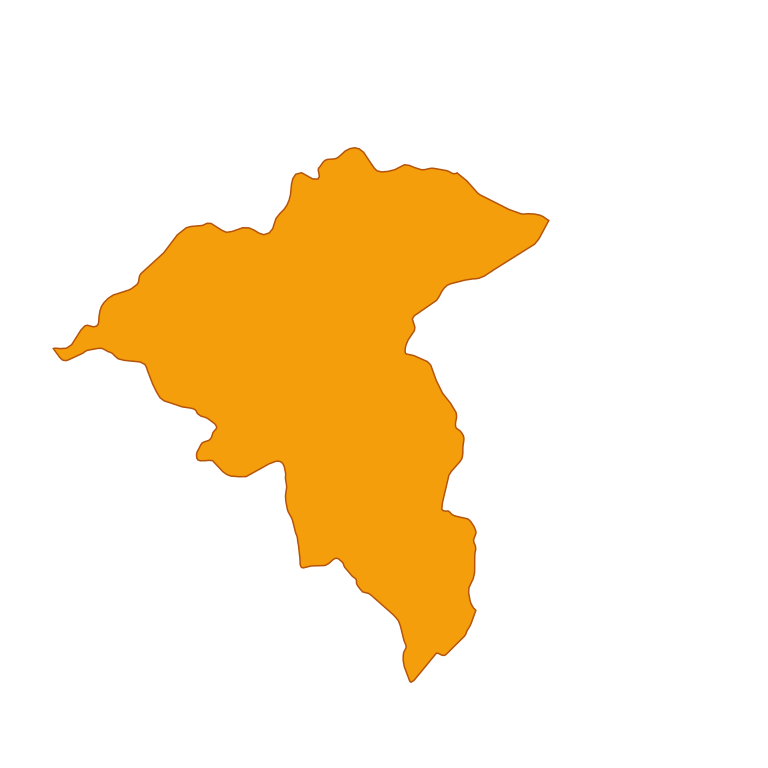 outline of Balkh, rotated 320°
{"feature_id": "AFG-1744", "entity_name": "Balkh", "entity_type": "Province", "adm_level": 1, "iso_a3": "AFG", "parent_name": "Afghanistan", "parent_adm1": "", "projection": "robinson", "projection_center": [66.961, 36.526], "detail": "fine", "context": "isolated", "style": "filled", "palette": "amber", "viewbox_px": 768, "rotation_deg": 320, "n_neighbors": 0, "source": "natural_earth", "source_scale": "10m", "svg_char_len": 4563}
<svg xmlns="http://www.w3.org/2000/svg" viewBox="0 0 768 768"><g transform="rotate(320 384 384)"><path d="M517.3,193.4L515.3,211.8L515.6,216.1L518.5,220.0L523.9,223.8L529.9,226.7L540.6,229.2L543.9,232.8L546.5,237.8L550.3,243.8L552.9,245.9L558.5,248.8L560.6,250.6L568.9,260.5L570.3,262.8L571.2,265.4L572.4,267.6L574.6,269.1L575.7,269.2L575.7,269.6L578.0,281.5L578.5,298.0L579.0,300.4L592.0,330.8L598.4,341.7L599.9,343.4L603.8,346.1L608.5,350.5L611.9,354.8L613.4,357.9L615.3,364.7L596.0,372.4L589.3,373.7L541.7,367.1L530.2,365.8L524.7,364.0L521.5,362.1L520.1,360.9L512.7,356.4L499.1,349.9L495.7,349.0L491.9,349.2L488.2,350.1L481.4,352.8L478.1,353.7L450.9,351.2L447.5,352.4L444.2,360.3L441.7,362.6L430.8,365.8L426.0,368.2L423.6,370.0L421.5,372.1L420.8,373.2L420.3,373.9L420.3,374.6L420.5,375.3L420.9,376.0L425.1,381.4L431.5,394.4L431.8,396.6L431.9,399.7L426.3,414.9L422.9,428.8L422.6,441.6L420.9,452.1L419.8,454.0L418.1,456.3L414.4,459.2L412.2,461.5L411.3,463.2L411.0,464.6L411.2,465.5L411.7,466.8L412.1,468.8L412.2,470.7L411.6,474.5L410.5,476.7L408.9,478.5L403.9,483.0L399.9,487.7L397.5,489.9L395.6,491.3L392.2,492.3L379.5,494.2L375.1,495.6L352.6,512.4L347.8,517.0L347.7,517.5L347.8,518.1L348.0,519.0L348.5,519.9L349.4,520.9L350.9,522.0L351.5,522.5L351.8,523.3L352.0,524.5L352.2,527.5L352.4,528.1L353.2,530.0L354.8,532.4L361.3,540.9L361.9,543.0L362.0,545.6L361.3,551.2L360.3,554.5L359.1,556.9L357.5,558.1L353.7,560.1L351.8,561.7L350.8,563.7L350.0,566.6L348.9,568.5L347.7,569.9L344.7,572.2L341.4,575.9L332.3,586.6L327.3,590.4L318.4,594.5L316.2,596.6L314.4,598.7L310.4,605.8L309.4,608.5L308.9,610.9L308.6,613.3L308.9,616.4L296.9,623.4L293.1,625.1L289.7,626.1L287.6,627.1L285.7,628.3L283.6,628.9L257.4,631.1L256.0,630.8L254.7,629.8L253.9,628.7L252.8,626.0L252.4,625.3L252.0,624.7L251.6,624.3L251.3,624.0L250.9,623.9L216.7,630.3L213.1,629.9L212.6,628.5L217.8,613.7L220.3,609.2L221.7,607.2L224.0,604.6L226.0,602.7L227.1,602.0L230.5,600.6L231.4,600.1L232.1,599.5L232.5,598.9L232.8,598.4L234.5,593.1L241.0,580.0L242.8,574.9L243.0,571.1L242.7,566.2L238.4,537.6L237.6,534.6L234.0,529.5L233.9,525.6L234.1,522.1L234.3,520.8L234.6,519.6L234.9,518.9L236.6,516.7L236.9,516.0L237.0,515.2L237.0,514.4L236.3,511.8L236.1,510.1L236.1,499.1L236.5,497.5L237.4,495.2L237.5,494.0L237.4,492.5L236.6,488.3L235.9,487.3L234.7,486.3L232.3,485.8L226.5,486.0L222.7,485.3L221.2,484.4L211.3,476.6L204.0,473.0L203.1,471.8L202.9,470.9L203.4,469.3L203.9,468.2L206.9,464.4L214.8,452.6L216.1,450.2L218.7,446.2L219.4,445.0L220.6,441.3L226.4,429.4L227.1,427.1L228.3,421.0L228.8,419.4L229.3,418.1L233.5,410.6L236.2,406.9L237.3,405.7L243.0,400.6L244.6,398.4L247.4,393.6L248.3,392.4L250.4,390.3L251.3,389.1L254.3,383.5L254.8,382.2L255.2,380.4L255.3,379.4L255.2,378.3L254.6,376.7L253.7,375.5L252.7,374.5L251.5,373.7L244.6,371.3L218.8,366.3L213.2,361.7L207.5,356.1L205.4,352.2L204.2,347.7L203.4,332.5L200.4,329.6L198.2,328.2L193.9,324.7L192.7,322.7L192.8,320.8L194.8,317.7L197.0,316.0L205.2,312.6L206.2,312.3L207.3,312.4L208.5,312.6L213.4,314.5L214.7,314.6L216.2,314.4L217.8,313.8L221.7,311.3L222.9,311.0L226.7,310.4L227.8,309.9L228.5,308.4L228.8,305.8L226.8,297.2L225.5,294.4L223.1,290.9L222.3,287.8L222.2,285.8L222.6,284.6L222.8,283.6L222.8,282.3L222.0,280.5L220.5,278.3L214.7,271.8L208.3,261.3L204.7,255.5L203.6,250.5L204.7,243.6L206.7,235.5L211.6,221.2L212.2,220.0L212.4,219.5L213.1,217.1L213.4,215.4L211.4,210.4L200.2,198.9L197.0,194.5L196.5,193.6L195.8,189.3L195.7,187.0L195.5,185.8L195.0,184.4L194.4,183.3L193.3,181.6L192.4,178.9L191.1,175.9L189.3,174.0L187.0,172.4L178.7,167.7L176.5,167.0L173.0,166.8L158.2,162.8L155.6,161.8L155.0,161.3L154.5,160.7L153.6,159.7L153.1,158.7L152.8,156.9L152.7,155.4L153.3,146.2L153.5,144.3L155.1,145.1L159.0,149.0L163.8,152.5L170.0,153.1L186.4,147.9L192.1,147.2L194.5,148.3L198.1,153.4L201.0,154.9L203.5,154.4L205.5,152.9L209.2,149.0L213.4,145.4L217.4,143.0L222.0,141.6L228.1,141.1L233.8,141.8L249.5,148.2L252.4,148.7L258.8,149.0L261.4,148.1L266.0,144.2L268.6,143.2L299.7,141.9L321.5,136.9L333.0,137.2L337.3,139.2L346.8,145.8L351.8,147.2L354.7,149.8L358.7,162.3L360.9,166.6L365.7,169.5L376.2,173.5L381.0,177.7L383.4,182.7L385.2,188.0L387.9,192.4L393.2,194.5L398.5,193.5L407.6,187.8L413.7,186.5L419.5,186.0L424.6,184.6L429.4,182.2L434.1,178.8L441.9,171.2L446.3,168.0L451.2,166.6L456.7,169.2L461.2,181.1L465.1,184.5L467.7,183.6L469.5,180.8L471.0,178.0L472.5,176.6L474.9,176.3L479.5,175.0L482.2,174.7L484.9,175.5L490.1,179.3L492.7,180.6L495.7,180.9L504.2,180.6L509.2,181.8L513.4,184.2L516.2,188.0L517.3,193.4Z" fill="#f59e0b" stroke="#b45309" stroke-width="1.5"/></g></svg>